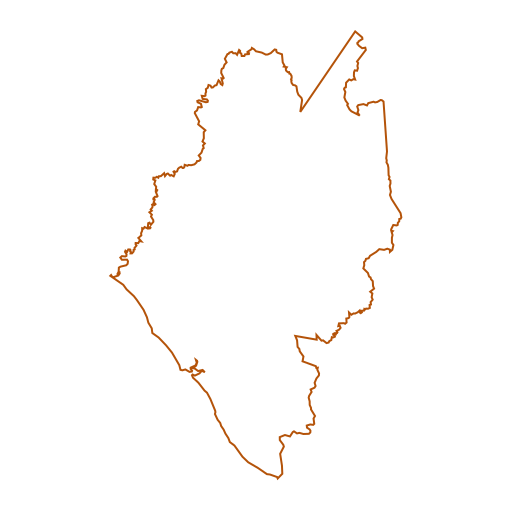 the district of Pocrí, Los Santos, Panama, rotated 179°
{"feature_id": "35544464B40624021846566", "entity_name": "Pocrí", "entity_type": "district", "adm_level": 2, "iso_a3": "PAN", "parent_name": "Panama", "parent_adm1": "Los Santos", "projection": "robinson", "projection_center": [-80.154, 7.639], "detail": "fine", "context": "isolated", "style": "outline", "palette": "amber", "viewbox_px": 512, "rotation_deg": 179, "n_neighbors": 0, "source": "geoboundaries", "source_scale": "gbopen_adm2", "svg_char_len": 6125}
<svg xmlns="http://www.w3.org/2000/svg" viewBox="0 0 512 512"><g transform="rotate(179 256 256)"><path d="M386.4,263.6L386.9,262.5L385.4,259.9L385.6,258.3L386.7,257.8L390.1,258.2L391.7,256.8L390.2,254.6L385.0,254.6L384.1,253.0L384.5,250.4L385.9,249.0L391.7,247.7L393.3,246.8L393.6,242.8L394.8,240.5L394.4,240.2L392.7,241.6L392.6,240.9L394.0,238.9L399.0,237.3L400.2,237.8L401.2,239.5L402.0,238.7L389.2,229.5L386.0,224.9L378.8,218.0L375.9,214.1L369.4,204.2L366.1,196.6L364.8,191.2L361.5,185.5L361.0,180.8L354.8,176.2L347.5,168.3L341.7,160.9L334.6,148.2L333.5,143.5L331.6,143.0L328.6,143.8L324.5,141.3L322.2,141.6L321.9,142.4L323.3,144.2L323.3,145.5L318.3,147.7L317.1,150.5L317.9,153.2L316.8,152.3L316.5,151.2L317.8,147.4L319.0,146.5L321.7,145.9L322.1,145.2L319.3,144.6L315.9,142.0L311.4,143.0L309.2,140.7L312.2,142.2L314.6,139.6L319.2,137.5L321.4,138.6L322.1,137.9L321.1,135.4L315.8,130.3L309.8,122.3L307.4,120.2L304.1,113.8L299.5,102.0L299.3,100.6L299.8,98.7L297.2,92.9L294.7,89.7L293.8,86.6L291.4,83.0L289.7,79.0L286.8,74.4L285.4,70.4L280.9,66.9L273.0,55.5L267.4,49.9L257.7,44.0L248.9,37.7L245.9,37.3L238.7,34.6L238.2,33.2L233.5,37.8L233.7,45.9L235.3,57.8L231.5,64.9L232.0,66.8L235.4,71.5L235.4,74.5L230.2,76.5L225.2,75.0L222.3,79.3L221.1,80.0L218.1,77.9L215.7,78.4L211.7,77.2L206.2,77.3L204.8,78.6L204.6,80.3L205.3,81.6L208.0,83.5L208.2,85.6L204.7,86.6L201.7,86.2L200.7,87.2L201.3,92.5L199.8,95.0L203.7,101.7L203.6,103.1L204.9,106.1L204.9,109.8L205.8,113.4L205.3,115.3L202.8,119.1L203.7,121.6L199.8,123.3L198.7,125.0L199.6,128.2L197.7,132.5L195.2,135.5L195.0,137.5L196.7,141.3L196.2,143.2L197.6,143.0L198.1,144.8L211.3,149.9L210.3,154.7L213.9,159.9L214.3,162.3L216.0,164.4L216.4,171.0L218.1,175.4L196.8,171.3L196.9,176.0L192.0,170.2L190.4,170.5L187.0,167.7L184.9,168.2L184.2,169.6L182.2,170.6L181.6,173.5L180.3,173.2L178.5,174.0L178.7,175.0L180.2,175.9L180.1,176.8L179.2,177.2L178.3,176.1L177.6,176.2L177.9,177.5L176.4,177.5L175.9,178.3L176.8,179.7L174.2,180.9L172.7,182.7L173.5,184.8L174.9,184.5L174.2,187.2L169.2,187.3L168.1,186.7L166.6,187.9L166.8,191.9L164.5,192.3L163.7,193.3L164.0,197.9L161.7,195.6L159.4,196.9L158.0,196.7L155.2,198.0L153.4,199.6L153.0,197.5L152.3,197.0L151.1,197.9L151.8,199.4L149.0,199.5L148.6,201.2L147.7,200.7L146.8,201.5L145.0,201.3L143.1,202.1L143.3,205.0L141.9,205.5L142.2,207.9L140.1,210.3L141.1,212.8L140.3,216.5L142.4,218.3L138.5,221.3L139.5,223.9L139.7,228.8L141.5,230.9L141.8,232.5L143.3,233.5L144.4,237.1L148.9,241.7L147.9,244.9L148.1,248.0L146.7,249.3L146.1,251.2L143.4,251.8L142.0,254.2L135.7,258.0L132.6,260.7L127.8,259.9L124.6,261.0L122.0,260.0L122.0,257.8L119.6,259.8L118.4,264.6L119.9,266.9L119.8,271.9L119.1,274.6L119.9,277.2L118.8,278.5L120.4,278.9L120.4,280.3L118.2,284.6L114.8,284.1L113.8,284.6L113.6,286.7L112.2,288.2L112.1,290.5L110.7,290.8L110.0,292.1L110.7,296.3L119.5,310.7L121.0,314.7L120.0,317.9L121.1,323.7L120.3,326.1L120.3,329.1L121.8,330.5L121.1,332.7L122.0,334.4L122.1,342.0L122.6,344.9L123.9,347.3L123.6,349.3L124.1,351.5L123.2,358.2L125.8,408.2L127.5,409.6L128.7,409.8L132.0,407.9L134.3,407.5L135.7,408.2L141.1,406.9L142.4,404.6L145.9,406.0L151.1,405.1L152.2,403.7L151.1,400.1L152.0,397.7L149.9,394.6L158.1,399.0L159.9,400.9L162.2,405.3L161.4,406.5L163.7,409.8L164.9,413.0L163.8,418.4L165.1,421.4L164.4,422.7L163.2,423.1L162.9,427.7L159.7,430.9L157.7,429.9L155.6,431.1L153.8,430.7L155.0,434.2L154.8,438.0L154.0,439.9L151.7,439.5L150.8,442.1L151.3,444.2L150.5,447.2L151.6,448.7L142.6,460.1L143.1,462.4L146.2,461.9L149.3,464.3L151.0,466.4L150.9,467.4L150.1,467.8L149.6,468.9L145.8,471.1L146.0,472.7L152.9,478.8L209.2,399.3L207.2,411.1L207.8,413.3L210.8,416.5L211.9,419.6L212.6,424.9L213.9,425.9L216.0,426.4L217.4,428.5L217.7,430.5L217.3,431.2L217.9,432.1L217.2,433.4L217.3,435.4L218.5,437.6L219.5,437.8L219.7,439.3L221.1,439.3L222.7,440.9L223.0,442.6L221.9,444.2L224.9,444.9L224.2,445.9L225.9,449.1L226.5,457.2L231.0,458.9L232.0,459.9L232.2,461.8L233.7,462.2L237.7,458.6L240.7,457.3L242.7,457.2L246.7,459.3L252.5,460.7L254.3,462.7L256.5,464.1L256.9,462.8L261.0,460.2L260.8,459.2L259.4,458.9L259.6,458.0L263.4,457.8L264.1,456.2L266.8,456.2L267.2,458.7L268.5,459.5L268.3,461.4L269.3,462.3L271.4,457.5L272.8,459.1L275.2,459.1L276.5,460.6L279.1,459.8L279.9,458.6L281.0,458.4L283.7,453.7L282.0,450.1L284.2,447.8L285.4,444.5L286.9,443.7L287.4,442.2L287.6,439.6L285.2,434.5L285.7,434.0L287.4,434.3L286.2,429.1L286.7,427.5L288.3,428.6L289.2,431.1L290.4,432.3L292.5,427.5L294.1,427.2L296.2,425.3L297.5,425.2L298.5,427.1L300.5,427.8L301.3,425.0L303.2,423.7L303.0,421.0L303.7,419.4L303.7,417.3L304.6,416.7L307.4,417.1L306.6,414.0L302.4,413.4L301.4,412.1L301.7,410.9L303.4,410.6L310.3,412.7L312.0,412.0L311.7,410.7L308.4,409.2L307.6,405.9L308.4,405.5L311.2,405.9L312.4,402.6L314.5,401.1L314.7,399.9L310.5,391.6L311.5,388.6L304.4,382.6L306.1,380.7L306.1,374.6L307.5,371.4L305.2,369.4L307.1,367.5L306.4,364.8L307.4,364.0L308.7,360.3L311.5,357.5L309.7,355.0L310.0,353.1L311.5,352.0L313.4,351.9L313.8,350.6L315.9,348.7L319.2,347.9L321.9,348.2L322.9,347.4L325.7,348.4L326.1,346.2L326.9,345.3L327.9,345.3L329.2,346.6L331.3,345.6L332.5,344.5L333.4,342.0L335.3,341.4L336.3,342.2L337.0,341.7L335.8,339.5L336.9,337.1L339.4,338.5L340.5,337.8L342.7,340.0L343.9,339.6L345.6,337.5L346.4,340.4L349.7,337.5L351.8,337.4L352.3,336.0L353.8,336.9L355.2,336.0L357.2,336.1L357.4,334.3L355.3,333.3L356.5,329.7L354.6,327.0L354.9,324.8L353.6,323.6L354.1,322.7L355.0,323.3L355.1,322.0L353.4,317.6L354.1,316.9L356.0,317.0L357.6,315.4L357.6,314.6L356.6,314.7L356.3,313.9L357.4,311.6L355.6,309.6L356.6,308.7L358.1,309.7L359.0,309.1L358.5,307.8L358.8,306.3L360.5,304.4L359.4,303.1L361.8,301.6L359.4,299.1L360.3,297.3L358.1,293.7L358.0,292.0L360.6,289.0L361.9,291.2L363.2,290.7L363.7,286.3L361.4,286.7L361.0,286.1L361.5,285.5L363.7,285.3L366.9,286.9L368.0,285.3L369.3,285.8L369.4,283.2L370.5,280.8L370.3,278.6L373.3,276.1L370.4,272.6L372.3,273.0L373.5,270.9L376.1,271.1L376.2,269.9L375.3,268.5L377.4,266.1L377.2,264.7L378.3,264.2L378.3,262.6L379.9,260.8L381.4,260.8L381.1,262.5L381.8,263.1L381.4,264.1L381.8,264.7L383.6,264.8L384.8,262.4L386.4,263.6Z" fill="none" stroke="#b45309" stroke-width="2"/></g></svg>